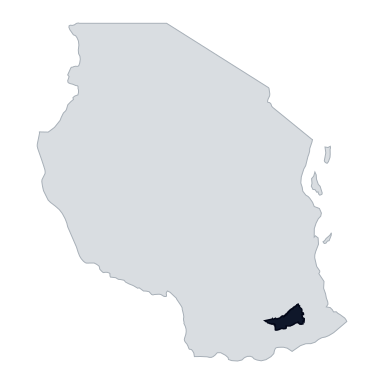 location of Nachingwea, Lindi, United Republic of Tanzania
{"feature_id": "72390352B76457855664867", "entity_name": "Nachingwea", "entity_type": "district", "adm_level": 2, "iso_a3": "TZA", "parent_name": "United Republic of Tanzania", "parent_adm1": "Lindi", "projection": "robinson", "projection_center": [38.431, -10.327], "detail": "fine", "context": "in_parent", "style": "filled", "palette": "ink", "viewbox_px": 384, "rotation_deg": 0, "n_neighbors": 0, "source": "geoboundaries", "source_scale": "gbopen_adm2", "svg_char_len": 7967}
<svg xmlns="http://www.w3.org/2000/svg" viewBox="0 0 384 384"><path d="M137.7,288.2L133.1,285.5L129.0,283.9L125.6,282.1L124.1,280.3L121.0,279.6L118.3,279.3L115.7,277.7L110.5,277.1L110.0,276.0L109.9,273.5L109.0,272.9L107.1,272.3L105.0,272.3L103.8,272.6L103.1,272.5L101.4,271.0L99.8,269.2L99.2,266.3L96.8,264.4L94.1,263.0L86.5,263.1L85.3,262.7L83.4,261.2L81.3,258.8L79.6,256.0L78.1,252.2L76.5,247.1L67.7,226.8L66.8,223.0L65.1,218.7L62.3,213.5L59.3,209.6L55.3,206.1L50.7,202.6L48.2,200.2L43.5,190.7L42.5,186.2L41.8,181.6L42.0,179.7L45.0,173.7L45.2,172.1L44.9,169.8L43.4,165.0L41.5,159.3L37.8,148.7L37.2,146.1L37.3,144.1L39.5,133.4L39.4,131.9L48.2,132.1L54.5,127.4L60.1,120.4L61.2,117.5L63.4,113.0L65.7,110.8L66.5,109.3L67.8,104.8L70.7,101.8L73.5,99.4L72.9,97.8L73.4,97.2L74.9,96.0L77.9,94.9L78.5,92.6L78.5,89.9L78.0,88.4L78.1,86.7L77.6,85.8L75.7,85.5L72.7,84.2L70.2,83.6L68.6,82.9L68.0,82.3L67.7,80.7L69.1,76.6L67.7,74.9L70.7,68.2L71.3,67.3L72.4,67.2L74.2,66.5L75.8,66.2L77.1,66.4L78.1,66.2L78.9,65.4L79.7,63.1L80.3,59.2L79.9,56.1L78.6,53.7L78.3,50.0L78.9,45.1L78.4,40.9L77.0,37.7L75.6,35.7L73.4,34.8L69.9,29.8L68.9,27.3L69.1,25.8L70.3,25.2L72.5,25.4L74.5,24.8L76.4,23.4L78.3,23.0L79.3,23.3L166.6,23.3L268.6,87.7L269.0,88.4L269.8,94.0L269.6,95.9L268.1,99.1L267.6,100.7L267.6,101.9L268.0,102.4L269.3,102.5L270.4,103.3L270.9,103.9L271.7,106.3L272.8,107.5L311.6,139.1L312.5,139.6L311.9,142.2L309.7,148.7L309.6,151.3L308.7,154.5L307.9,156.6L305.7,165.6L303.8,169.0L301.3,176.9L300.8,183.0L302.2,187.3L302.8,191.2L305.8,195.1L308.1,196.5L309.8,198.3L312.6,202.4L314.2,206.5L319.4,208.5L321.4,213.1L320.7,216.2L318.3,218.8L316.1,223.1L314.3,228.6L314.2,237.1L315.4,235.8L318.1,237.9L318.5,244.2L315.7,251.5L314.8,254.9L314.7,257.8L316.7,266.5L319.8,271.0L319.6,272.4L318.8,273.6L324.0,281.4L323.6,288.3L325.5,293.6L326.4,298.2L327.7,301.7L328.0,304.2L326.3,306.9L330.2,307.6L332.4,309.8L333.5,311.9L336.3,311.8L337.8,313.3L339.9,314.5L344.7,318.0L346.0,319.8L346.8,321.5L333.6,332.7L328.8,335.6L325.4,337.0L321.8,337.7L318.4,339.5L315.1,342.2L310.9,343.6L305.9,343.7L300.5,345.6L292.1,351.4L287.3,348.2L283.4,347.2L279.0,347.3L276.3,347.7L275.4,348.4L274.5,350.3L273.8,353.6L270.9,356.7L265.9,359.7L261.2,360.8L256.9,360.0L254.0,358.8L252.5,357.1L250.3,356.3L247.3,356.4L244.5,357.6L241.9,360.0L237.6,361.0L231.7,360.6L228.5,359.5L228.1,357.6L225.5,355.3L220.7,352.7L217.3,352.7L215.0,355.2L213.0,356.7L211.2,357.4L209.5,357.4L207.1,356.8L200.6,356.5L194.4,356.6L193.8,353.0L192.5,350.8L191.4,349.5L189.3,349.2L188.7,348.1L187.9,345.9L186.9,344.0L185.5,342.4L184.6,340.9L184.3,339.6L184.6,338.1L185.8,334.4L186.2,331.8L186.1,329.2L185.4,326.6L183.9,323.4L184.1,322.5L183.6,320.3L183.5,318.8L183.8,316.9L183.5,314.5L182.2,309.2L182.2,307.8L180.8,305.3L176.7,299.2L176.5,298.4L170.1,292.3L167.5,291.0L166.6,292.1L166.2,293.2L166.5,295.1L166.4,296.1L166.1,296.5L164.6,296.5L163.6,296.2L161.1,294.6L159.2,294.2L154.5,294.5L152.9,294.9L151.6,294.5L149.1,291.7L146.1,291.1L143.5,291.0L139.2,287.8L137.7,288.2ZM320.1,186.3L322.2,193.0L321.9,194.3L320.4,195.0L319.6,195.1L318.7,194.0L318.0,191.8L316.9,192.3L315.0,189.6L313.0,189.5L311.3,186.2L312.0,183.4L311.6,178.6L313.7,176.2L314.9,172.0L316.2,174.9L316.5,179.3L318.3,184.4L320.1,186.3ZM330.3,146.3L330.5,147.9L330.1,149.4L330.2,154.2L330.0,157.3L328.4,161.7L327.1,163.3L325.9,162.8L325.0,162.1L324.3,160.9L325.8,152.9L325.0,147.0L328.0,147.5L330.3,146.3ZM326.0,243.1L324.5,243.5L323.9,243.1L323.0,241.8L324.6,240.7L326.1,238.5L329.8,235.3L331.4,232.8L331.2,235.3L329.1,240.7L327.4,241.1L326.0,243.1Z" fill="#d9dde1" stroke="#a8b0b8" stroke-width="1"/><path d="M264.9,320.7L265.5,321.1L266.0,321.2L266.1,321.4L266.1,321.5L266.4,321.5L266.5,321.6L267.2,322.0L267.4,322.2L267.6,322.7L267.8,322.8L268.0,322.9L268.7,323.0L269.1,323.2L269.5,323.4L269.9,323.6L270.4,323.7L271.4,323.9L271.8,324.1L272.0,323.9L272.4,324.1L272.6,324.1L273.0,324.1L273.3,323.9L273.5,324.0L273.5,323.9L273.7,324.0L274.0,324.0L274.6,324.1L274.8,324.2L274.7,324.5L274.7,324.8L274.5,325.0L274.8,325.1L274.7,325.2L274.8,325.3L274.9,325.6L275.0,325.8L275.0,326.0L275.0,326.4L275.2,326.5L275.3,326.6L275.2,326.8L275.2,327.3L275.3,327.9L275.3,328.4L275.3,328.9L275.3,329.8L275.4,330.0L276.3,330.1L276.8,330.0L277.1,330.0L277.4,330.0L277.6,329.8L278.0,329.7L278.3,329.7L278.5,329.7L279.1,329.5L279.3,329.3L279.6,329.2L279.9,329.1L280.2,329.0L281.1,328.6L281.9,328.4L282.2,328.5L282.6,328.6L283.1,328.6L283.8,328.8L284.2,328.7L284.9,328.6L285.2,328.6L285.4,328.6L285.8,328.4L286.1,328.1L286.1,327.9L286.2,327.3L286.2,326.5L286.2,326.0L286.3,326.0L286.6,325.9L287.5,325.9L288.1,325.9L288.5,325.9L290.3,325.9L290.5,325.8L290.8,325.6L291.3,325.4L292.2,325.1L292.9,324.6L293.4,324.3L293.6,324.2L293.7,324.3L293.8,324.2L294.0,324.1L294.5,323.8L294.7,323.6L295.0,323.4L295.7,322.8L297.0,322.8L297.4,322.6L297.6,322.6L297.9,322.0L298.0,321.9L298.3,322.0L298.5,322.5L298.5,322.8L298.7,323.1L298.8,323.2L299.1,323.3L299.1,323.5L299.3,323.6L299.4,323.8L299.6,324.0L299.8,324.1L300.2,324.0L300.3,324.1L300.7,324.1L300.9,324.2L301.0,324.1L301.4,324.2L301.5,324.2L301.8,324.0L302.6,324.0L302.8,324.0L302.8,323.9L302.9,323.6L303.0,323.5L303.1,322.3L303.0,321.6L303.2,320.7L303.3,320.6L303.3,320.8L303.4,321.0L303.7,320.8L303.8,320.9L304.0,320.8L304.1,321.0L304.2,320.0L304.2,319.7L304.2,319.1L304.2,318.6L303.3,318.0L302.7,318.0L302.6,317.8L302.5,317.7L302.3,317.7L302.3,317.4L302.4,317.2L302.4,316.9L302.3,316.7L302.3,316.3L302.2,316.3L301.8,315.4L301.6,314.8L301.8,314.6L302.2,314.6L303.2,314.5L303.4,314.5L303.4,314.4L303.5,314.3L303.5,314.1L303.4,313.6L303.3,313.0L303.0,313.0L302.8,313.0L302.6,313.1L302.5,312.9L302.3,312.6L302.1,312.6L301.9,312.5L301.7,312.3L301.6,312.0L301.5,311.9L301.5,311.7L301.8,311.4L301.7,311.2L301.8,310.8L301.9,310.7L301.8,310.2L301.8,309.4L301.7,309.1L301.4,308.9L301.2,308.5L301.1,308.4L300.8,308.3L300.6,308.2L300.4,308.0L299.8,307.3L299.5,307.0L299.4,306.5L299.5,306.0L299.5,305.9L299.2,305.9L298.8,305.8L298.7,305.6L298.6,305.3L298.5,305.2L298.4,304.8L298.4,304.5L298.3,304.3L298.2,304.4L298.0,304.5L297.9,304.4L297.7,304.3L297.5,304.5L297.4,304.8L297.1,304.8L297.0,304.7L296.9,304.7L296.8,304.8L296.7,304.9L296.6,305.1L296.5,305.4L296.4,305.5L296.2,305.7L296.2,305.8L295.9,305.9L295.7,306.0L295.7,306.3L295.3,306.2L295.2,306.4L295.3,306.6L295.2,306.7L294.8,306.8L294.7,306.9L294.4,306.9L294.4,307.0L294.2,307.0L293.9,307.1L293.7,307.2L293.6,307.3L293.4,307.5L293.3,307.8L293.2,307.8L293.0,308.1L293.1,308.3L292.8,308.5L292.7,308.6L292.7,308.8L292.4,308.7L292.2,308.8L292.2,308.7L292.1,308.8L291.9,308.8L291.7,308.8L291.5,309.0L291.4,309.0L291.2,309.1L290.9,309.3L290.7,309.7L290.4,309.8L290.2,310.1L289.8,310.3L289.7,310.3L289.6,310.6L289.3,310.7L289.2,310.8L289.3,311.1L289.1,311.2L288.8,311.4L288.7,311.5L288.8,311.5L288.6,311.7L288.5,311.8L288.5,311.7L288.4,311.7L288.3,312.1L288.2,312.2L288.3,312.4L288.1,312.4L288.0,312.7L287.8,312.9L287.7,312.8L287.6,313.1L287.3,313.3L287.2,313.4L286.9,313.4L286.9,313.6L286.8,313.8L286.7,313.9L286.7,314.0L286.6,313.9L286.5,314.0L286.4,314.0L286.5,314.2L286.5,314.3L286.2,314.4L286.1,314.6L285.9,314.5L285.7,314.6L285.5,314.8L285.5,315.0L285.4,315.3L285.2,315.2L285.0,315.3L284.9,315.6L284.8,315.8L284.6,316.0L284.4,316.1L284.4,316.3L284.3,316.5L284.2,316.6L284.0,316.8L283.9,316.8L283.8,316.6L283.8,316.3L283.7,316.3L283.7,316.2L283.6,316.3L283.4,316.4L283.3,316.2L283.1,316.1L282.7,315.9L282.5,316.0L282.3,316.1L282.1,316.1L282.1,316.3L281.7,316.6L281.6,316.8L281.2,316.9L280.9,317.1L280.7,317.1L280.4,317.5L280.2,317.6L279.9,318.0L279.6,318.3L279.4,318.3L279.1,318.3L278.7,318.4L278.4,318.4L277.9,318.5L277.7,318.7L277.6,318.9L277.5,319.0L277.1,319.0L276.9,318.9L276.5,318.9L276.3,318.9L276.1,318.8L276.0,318.6L275.8,318.4L275.6,318.2L275.4,318.3L274.9,318.6L274.6,318.6L274.4,318.8L274.1,318.9L273.9,318.9L273.8,319.0L273.7,319.3L273.4,319.3L273.2,319.4L272.8,319.2L272.6,319.2L272.4,319.1L272.2,319.1L272.2,318.9L271.9,319.2L264.9,320.7Z" fill="#0f172a" stroke="#020617" stroke-width="1.5"/></svg>